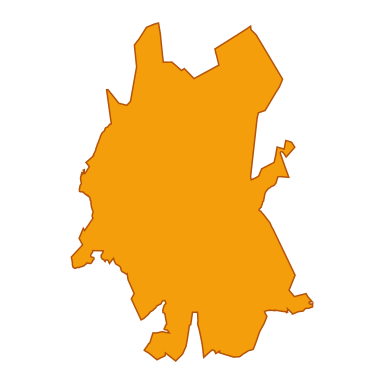 outline of Las Rosas, Chiapas, Mexico
{"feature_id": "50627088B5732742459943", "entity_name": "Las Rosas", "entity_type": "district", "adm_level": 2, "iso_a3": "MEX", "parent_name": "Mexico", "parent_adm1": "Chiapas", "projection": "equal_earth", "projection_center": [-92.384, 16.369], "detail": "fine", "context": "isolated", "style": "filled", "palette": "amber", "viewbox_px": 384, "rotation_deg": 0, "n_neighbors": 0, "source": "geoboundaries", "source_scale": "gbopen_adm2", "svg_char_len": 5869}
<svg xmlns="http://www.w3.org/2000/svg" viewBox="0 0 384 384"><path d="M250.6,26.1L247.3,28.5L237.7,34.6L237.2,35.1L233.7,37.1L232.2,38.1L221.4,44.9L214.9,49.0L215.2,49.8L215.9,53.5L216.2,54.0L217.3,58.5L218.9,65.1L194.0,78.6L184.3,68.6L181.5,70.5L171.9,62.1L163.3,62.2L162.2,52.6L160.3,33.7L159.8,30.7L158.5,23.0L154.0,24.2L146.5,27.3L139.3,38.7L134.4,45.0L136.6,66.9L130.7,100.2L130.4,101.5L126.8,105.3L118.9,103.3L107.9,89.6L106.6,89.7L111.3,123.8L111.1,124.1L110.6,124.2L110.3,124.1L109.8,124.3L109.5,124.6L109.4,124.9L109.0,125.2L107.9,126.8L107.5,127.1L106.2,127.5L105.5,128.0L105.1,128.6L104.6,130.6L104.5,130.9L103.7,131.3L103.4,131.6L102.0,133.2L101.2,134.8L100.9,135.3L100.4,136.4L100.2,137.5L99.1,140.1L98.1,143.0L97.4,144.2L97.2,145.2L96.5,147.1L95.9,148.8L95.9,149.4L95.3,151.1L93.2,155.3L93.6,155.8L86.0,162.5L89.3,166.5L87.0,170.4L85.4,173.0L85.0,173.5L84.8,173.7L84.7,173.7L84.3,171.6L84.2,171.5L84.4,169.7L83.2,170.2L83.8,171.7L83.6,172.6L83.4,172.8L83.2,173.3L83.3,173.6L82.8,173.9L82.5,173.2L82.9,172.9L82.3,172.5L82.0,172.4L81.8,172.7L81.7,173.7L81.2,174.9L81.6,175.2L81.4,175.6L81.1,175.9L80.8,176.6L80.5,178.1L80.8,180.6L81.3,182.7L81.2,183.6L81.1,184.2L80.8,184.6L80.4,184.9L80.1,186.0L79.8,186.7L79.8,187.6L79.5,188.7L79.3,189.1L79.4,190.1L79.6,190.7L79.4,191.2L79.5,191.4L80.6,191.8L82.1,191.8L82.7,192.1L83.2,192.1L83.6,192.4L84.2,193.3L85.2,194.1L86.3,194.7L86.7,195.2L87.0,195.4L87.2,195.2L87.7,195.2L87.9,195.4L88.0,195.9L88.3,196.3L88.7,196.4L90.0,197.8L90.1,198.3L90.0,199.0L90.3,200.4L90.8,201.0L90.9,201.4L91.0,202.4L90.9,203.1L91.6,207.7L92.0,208.3L92.1,209.1L92.8,210.8L93.1,211.9L93.0,212.5L92.3,214.6L92.2,216.0L92.2,216.8L92.8,217.7L93.0,218.2L84.7,230.5L83.3,228.3L79.1,238.3L82.6,244.9L71.3,257.1L72.0,260.3L72.4,263.0L72.4,264.8L72.8,266.2L73.0,267.1L74.7,268.4L75.1,268.4L75.6,268.1L76.5,267.9L76.8,267.7L77.7,267.3L78.5,267.6L79.5,267.4L79.9,267.1L82.2,266.5L82.6,266.1L83.2,266.1L84.2,265.7L84.6,265.0L85.9,264.3L86.6,263.2L87.1,262.9L87.7,262.9L88.0,263.3L90.6,263.5L91.0,263.2L91.6,262.7L92.5,261.3L92.5,260.8L92.7,260.4L93.4,259.9L93.9,259.3L94.0,258.7L94.0,258.1L93.7,257.7L93.3,257.4L93.1,257.3L92.2,257.2L91.7,257.1L91.4,257.0L91.0,256.7L90.8,256.4L90.7,255.9L90.9,254.7L91.1,254.2L91.4,253.7L91.8,253.4L92.3,252.4L92.6,252.0L92.8,250.6L103.2,250.8L103.3,251.1L102.8,252.6L102.0,254.0L101.3,255.0L101.1,255.4L101.3,256.1L101.1,256.5L101.2,257.2L102.3,259.1L103.3,259.5L104.0,260.0L104.7,261.2L105.1,261.5L105.2,260.8L105.4,260.5L106.2,260.0L107.7,260.2L108.5,260.9L108.9,262.3L109.5,263.5L112.9,258.8L113.3,258.8L113.6,258.4L114.0,260.3L114.4,260.9L114.5,261.3L114.8,262.2L115.1,262.6L115.4,263.3L116.1,264.2L117.9,265.1L118.3,265.5L119.1,265.8L119.4,266.0L119.8,266.4L120.6,267.6L121.1,270.1L121.8,271.3L122.5,271.9L124.2,272.7L126.2,274.1L127.1,273.6L127.4,275.6L127.6,276.3L127.8,278.2L128.2,280.0L134.2,293.6L131.3,298.9L141.1,319.9L143.6,318.6L148.4,314.4L148.8,313.6L149.3,313.3L149.9,312.3L150.6,311.7L152.4,310.6L153.1,310.2L153.9,309.3L154.2,309.1L154.4,308.6L155.0,308.4L155.6,307.8L156.7,306.1L157.9,305.2L158.5,305.2L158.9,304.7L159.2,304.6L160.6,304.1L161.4,303.1L161.6,302.5L162.0,301.5L162.5,301.0L164.2,300.5L164.9,300.6L165.9,303.4L164.2,305.3L164.0,306.0L163.1,308.7L162.8,310.7L163.0,311.7L162.9,312.2L163.1,312.7L163.9,312.9L164.2,313.1L164.6,313.4L164.9,313.9L164.9,314.5L165.1,314.7L165.2,315.6L165.5,317.8L166.6,323.2L166.6,323.8L166.6,324.3L165.6,325.2L165.2,326.4L165.1,327.0L164.2,328.5L164.1,329.1L164.8,329.7L166.7,329.9L167.3,330.2L168.2,331.2L169.3,332.9L165.4,332.4L164.4,332.1L161.9,331.7L159.5,332.3L156.3,333.0L153.0,332.9L151.5,337.4L149.9,342.7L148.4,344.0L148.5,344.1L146.7,346.7L144.2,350.2L145.8,351.4L148.6,352.9L157.0,359.8L161.0,357.7L165.1,355.8L165.4,352.9L175.7,361.0L182.6,354.0L186.0,346.4L187.3,339.4L188.9,329.1L189.1,327.1L189.6,325.1L190.6,324.9L191.3,321.0L191.9,316.6L192.5,312.3L197.5,312.2L198.0,320.4L197.6,323.9L199.3,330.0L200.0,333.2L201.0,338.1L202.0,343.1L203.0,350.3L203.7,357.4L204.7,356.5L205.0,356.1L205.5,355.8L205.7,355.4L207.0,354.6L207.2,354.3L208.4,353.1L212.3,349.8L214.5,350.7L214.9,351.3L214.7,351.5L215.8,353.6L219.2,351.2L219.4,351.6L219.6,351.5L219.3,352.7L233.6,357.1L239.7,356.7L243.8,353.5L245.1,352.9L248.6,350.6L252.0,349.8L253.2,349.3L253.7,348.3L256.2,341.6L259.2,332.9L260.1,330.8L263.8,324.1L265.0,321.4L266.9,316.4L264.5,311.8L264.8,311.4L265.4,311.1L265.9,311.0L266.4,310.7L268.9,310.4L269.8,310.0L270.1,310.4L271.0,310.3L273.8,310.5L274.8,310.7L274.8,310.1L282.7,311.4L285.8,311.7L286.5,312.7L287.6,312.2L287.2,311.3L287.8,309.9L287.6,308.9L292.1,313.2L292.2,314.0L292.8,314.0L293.0,313.8L293.3,313.8L296.2,312.5L298.8,311.6L302.8,311.1L303.2,311.0L305.4,308.5L306.1,308.3L306.9,308.4L309.2,308.2L311.5,307.2L312.5,307.0L312.7,303.5L311.5,304.1L310.6,304.3L309.9,304.0L309.7,303.7L309.6,303.2L309.1,303.0L309.2,302.0L309.3,301.8L312.2,301.7L307.7,296.6L306.5,294.4L306.0,293.6L294.4,296.6L289.0,290.2L295.1,275.2L272.6,228.3L271.9,227.4L269.9,222.8L268.1,220.4L264.0,215.1L262.6,213.5L262.3,213.3L261.8,212.8L261.6,212.2L261.3,211.8L261.0,211.6L260.7,211.2L259.3,210.6L259.1,210.2L259.1,209.8L259.2,209.1L259.5,208.8L259.9,208.6L260.7,207.5L261.1,207.3L261.3,207.0L261.4,206.0L262.1,204.5L262.5,203.0L262.6,202.2L262.8,201.7L263.5,201.2L264.5,195.8L265.0,193.4L266.0,191.5L268.0,189.0L271.6,186.4L273.3,185.8L274.3,185.1L275.8,183.3L276.5,181.3L277.8,176.9L280.0,176.6L288.8,177.3L282.8,160.7L281.9,157.8L280.4,153.7L280.3,152.6L280.7,151.9L281.2,151.7L281.9,151.6L282.8,152.2L283.9,153.5L284.9,155.2L286.2,157.0L294.8,147.2L291.8,142.6L290.8,141.9L285.8,140.5L284.1,149.1L277.1,147.0L275.7,155.3L274.1,162.4L261.7,168.8L258.7,176.0L256.3,177.5L251.2,179.9L250.6,176.5L257.1,118.3L258.4,112.8L265.1,110.5L275.6,92.9L279.4,86.9L282.6,79.2L256.2,34.9L251.0,29.7L250.6,26.1Z" fill="#f59e0b" stroke="#b45309" stroke-width="1.5"/></svg>